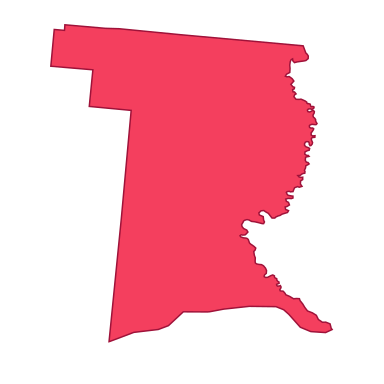 Gilliam, Oregon, United States of America, rotated 185°
{"feature_id": "52423323B16142622218163", "entity_name": "Gilliam", "entity_type": "district", "adm_level": 2, "iso_a3": "USA", "parent_name": "United States of America", "parent_adm1": "Oregon", "projection": "robinson", "projection_center": [-120.461, 45.439], "detail": "fine", "context": "isolated", "style": "filled", "palette": "rose", "viewbox_px": 384, "rotation_deg": 185, "n_neighbors": 0, "source": "geoboundaries", "source_scale": "gbopen_adm2", "svg_char_len": 3594}
<svg xmlns="http://www.w3.org/2000/svg" viewBox="0 0 384 384"><g transform="rotate(185 192 192)"><path d="M94.0,347.3L217.3,347.7L278.9,348.3L292.5,347.5L333.2,347.5L333.1,341.9L343.4,341.9L343.6,305.0L301.4,305.1L301.8,268.3L259.7,268.0L260.1,159.2L261.6,35.7L261.0,35.9L237.7,47.1L213.6,52.1L203.8,56.8L190.2,71.9L166.0,73.9L163.8,74.3L150.2,78.1L124.9,83.1L98.3,85.1L90.4,82.7L84.9,78.6L72.3,66.7L61.5,63.3L46.7,63.6L40.4,67.2L41.6,68.6L41.9,69.7L43.0,72.7L47.4,74.0L50.7,73.6L55.0,76.0L57.4,80.0L61.5,82.1L66.6,83.6L69.6,86.9L72.0,90.2L74.9,93.2L75.7,95.1L78.7,95.0L81.5,94.5L85.6,96.5L89.6,97.8L90.2,98.8L90.6,99.3L91.7,100.4L92.7,101.2L94.4,101.1L95.6,101.3L96.0,102.4L95.5,103.2L95.0,104.5L95.2,105.6L95.9,106.5L96.7,106.0L98.7,105.7L99.5,106.5L99.7,107.4L98.3,108.1L97.3,108.6L97.6,110.0L98.5,110.3L99.7,111.4L100.1,113.1L101.7,113.6L102.5,114.6L102.6,115.7L104.3,116.4L106.1,115.6L109.2,113.6L111.2,113.3L112.7,113.9L112.8,114.5L112.4,115.9L110.9,117.4L110.9,120.2L112.1,122.5L114.3,124.7L116.4,125.7L119.1,125.7L121.4,126.0L122.7,126.8L123.1,128.6L123.2,131.9L124.4,134.4L125.3,138.1L124.1,139.6L123.6,141.7L125.5,143.2L127.3,144.3L129.0,145.2L130.2,146.1L131.0,147.8L131.8,149.6L133.0,150.5L134.2,150.8L136.7,150.8L139.5,151.5L140.4,152.6L139.2,153.7L137.7,153.5L135.4,153.9L134.3,155.0L132.8,157.0L134.2,158.9L135.3,159.3L137.4,160.1L139.1,161.9L139.7,163.7L139.1,165.1L138.4,166.5L138.2,167.4L137.3,168.3L135.5,169.1L134.7,169.3L132.8,169.1L130.2,167.9L126.8,167.8L122.6,167.2L119.3,166.6L117.9,166.7L117.2,168.5L118.2,170.2L118.9,173.7L122.9,175.0L123.6,177.0L121.5,179.3L118.8,179.8L117.0,178.7L114.1,177.4L111.4,174.5L110.0,173.0L107.2,173.3L106.3,174.4L103.8,175.8L102.3,176.3L100.3,177.8L95.1,179.9L94.2,181.8L95.4,182.3L97.2,182.7L97.9,185.2L96.1,185.8L93.8,187.6L95.0,190.1L97.2,191.0L98.0,193.1L95.7,194.0L92.4,194.1L90.9,194.8L91.1,196.7L92.1,196.7L96.0,197.1L97.2,198.2L98.0,199.9L97.2,200.7L95.2,201.2L94.1,200.7L91.4,201.2L90.9,203.1L90.2,205.2L87.3,206.6L85.6,206.1L82.9,207.2L84.7,209.4L84.8,212.5L82.8,214.0L83.0,216.4L84.1,216.1L86.5,216.2L88.0,217.6L85.6,218.0L84.3,219.3L82.8,220.2L81.3,220.5L81.2,222.2L81.9,223.4L81.0,225.8L80.9,228.1L79.0,229.2L77.8,230.2L79.0,231.5L80.7,231.7L81.9,233.4L81.9,235.4L81.9,236.5L80.5,237.1L79.3,237.4L78.5,237.7L79.5,238.6L80.8,238.4L83.0,239.6L82.9,241.8L80.5,243.3L78.9,243.8L78.6,245.6L79.9,246.3L82.3,246.9L83.9,248.2L84.1,249.9L83.4,251.5L82.2,252.2L80.3,252.2L79.5,251.1L79.4,249.8L78.4,248.4L77.5,248.7L76.4,250.3L76.2,251.8L77.4,254.0L77.8,255.3L77.0,256.8L75.9,256.9L74.4,257.2L74.4,258.8L76.7,258.4L78.2,259.1L78.5,261.2L77.5,262.7L76.4,264.8L76.4,265.8L77.8,266.3L79.1,266.0L80.5,266.6L80.9,268.1L80.2,269.1L78.3,269.9L75.0,269.8L74.0,270.1L73.4,271.2L74.2,272.1L75.0,273.5L75.2,275.0L76.3,276.3L77.5,277.1L78.1,278.4L78.0,279.5L77.2,281.2L77.1,282.8L77.8,283.5L79.2,283.7L79.9,283.0L81.9,281.9L83.6,282.2L84.2,283.6L83.3,284.8L81.4,285.2L80.3,284.8L78.5,285.4L77.8,286.5L78.0,287.5L79.1,287.8L79.7,287.5L81.0,287.5L81.4,288.4L81.9,289.8L83.5,290.2L84.5,290.1L85.3,290.6L85.5,291.5L87.1,292.5L89.6,293.4L91.5,294.0L93.3,293.6L96.4,293.4L98.8,295.8L98.1,298.0L96.9,298.8L98.6,300.6L100.1,300.6L100.7,302.8L99.1,303.7L99.0,305.2L100.8,305.7L102.9,307.9L101.7,309.3L100.2,311.4L102.0,313.5L103.5,314.5L105.3,315.5L107.4,315.0L109.1,315.5L108.1,317.6L105.0,319.6L105.1,323.6L105.7,326.9L105.5,330.4L104.7,332.5L103.4,333.4L103.0,331.5L101.2,329.8L98.8,330.7L95.0,331.6L91.9,332.3L90.0,332.9L87.9,335.0L88.0,337.6L89.3,339.3L90.9,340.6L91.0,341.0L94.0,347.3Z" fill="#f43f5e" stroke="#9f1239" stroke-width="1.5"/></g></svg>